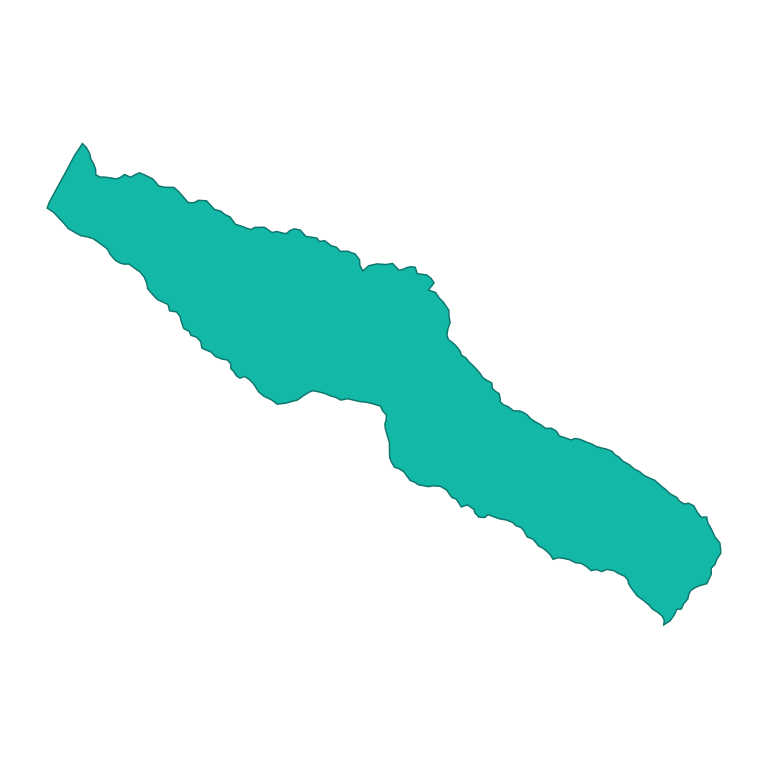 Lavínia, São Paulo, Brazil, rotated 269°
{"feature_id": "56859067B69152415148491", "entity_name": "Lavínia", "entity_type": "district", "adm_level": 2, "iso_a3": "BRA", "parent_name": "Brazil", "parent_adm1": "São Paulo", "projection": "mercator", "projection_center": [-51.04, -21.147], "detail": "fine", "context": "isolated", "style": "filled", "palette": "teal", "viewbox_px": 768, "rotation_deg": 269, "n_neighbors": 0, "source": "geoboundaries", "source_scale": "gbopen_adm2", "svg_char_len": 3942}
<svg xmlns="http://www.w3.org/2000/svg" viewBox="0 0 768 768"><g transform="rotate(269 384 384)"><path d="M565.8,50.3L561.3,56.8L558.2,59.5L554.3,63.0L550.5,66.6L544.8,71.2L541.7,76.3L537.6,83.4L536.2,90.4L534.3,95.9L530.4,101.2L526.1,107.0L523.2,110.2L518.8,112.2L515.3,115.0L512.2,117.7L509.6,122.2L508.4,126.1L508.4,131.2L504.1,136.8L500.3,142.0L495.0,146.2L488.8,148.5L483.2,149.5L477.1,154.6L472.3,159.1L469.9,164.1L467.3,169.4L460.9,170.9L459.7,177.8L455.4,181.1L449.8,182.5L443.0,184.7L440.0,190.2L436.1,191.7L434.1,197.4L429.4,201.6L423.1,202.5L421.2,206.5L419.0,211.6L414.4,216.0L411.7,222.6L410.9,227.7L407.0,231.0L402.0,231.2L398.9,234.1L394.9,236.5L392.4,240.1L394.0,244.7L391.1,249.1L387.2,252.9L383.7,255.3L378.3,258.6L374.0,263.4L371.8,267.9L369.9,271.6L365.7,276.9L366.5,285.3L368.0,291.0L369.5,297.2L373.8,303.4L376.7,308.2L378.5,312.3L377.5,317.9L375.3,325.4L373.2,329.9L371.5,335.4L368.7,340.5L369.9,347.4L366.8,359.8L366.1,365.9L364.4,372.6L361.9,380.1L357.1,382.2L353.2,385.8L348.1,385.6L344.1,384.2L339.6,384.5L333.8,386.0L325.6,388.4L319.8,388.3L315.7,388.4L310.6,388.3L305.8,390.1L300.6,393.1L298.9,397.9L295.7,402.5L290.5,406.1L287.1,408.6L285.2,413.1L282.6,416.7L281.5,422.5L280.6,426.5L281.3,431.7L280.7,438.6L277.0,444.7L272.6,447.5L269.2,450.1L267.7,454.1L263.8,456.7L259.7,459.1L261.7,465.3L257.0,471.7L253.3,472.8L249.2,476.6L248.8,482.5L251.6,485.7L249.7,490.5L247.3,496.7L245.9,504.1L243.2,510.4L239.9,513.7L238.2,518.4L235.0,521.2L228.5,524.6L226.4,530.1L223.4,532.7L219.3,535.8L217.1,540.0L214.2,543.6L210.2,547.4L205.7,550.0L207.3,554.8L206.5,560.4L205.1,566.3L202.1,572.1L201.2,578.1L197.9,583.4L193.8,587.8L194.8,593.1L192.7,598.4L194.7,603.7L193.3,610.6L190.5,615.0L187.5,621.4L183.8,624.3L179.9,625.2L175.2,628.0L171.3,630.9L167.4,633.8L163.4,639.3L158.4,645.1L154.4,648.4L151.1,653.5L147.1,658.1L143.0,660.1L138.3,659.5L142.2,665.9L148.0,670.1L153.6,672.8L153.8,677.3L159.2,679.8L163.7,684.0L168.4,685.1L172.3,687.1L175.0,691.6L176.7,695.5L178.8,703.3L188.0,707.9L194.1,707.9L197.6,711.6L203.2,713.9L208.8,717.7L212.9,717.7L219.3,717.0L225.2,712.3L230.2,710.1L235.0,707.9L239.3,705.4L245.4,704.3L245.2,698.9L250.1,695.1L256.8,691.6L259.4,686.5L258.8,682.0L261.8,677.3L265.5,674.7L269.2,668.1L273.7,663.6L276.5,660.1L280.6,655.7L283.4,652.4L285.1,648.2L288.1,642.3L292.0,637.9L294.5,632.9L299.2,627.6L302.6,621.6L306.9,617.6L309.1,613.7L312.8,610.8L315.1,604.9L316.5,599.5L318.0,594.7L320.6,590.2L322.1,586.0L323.9,582.1L325.4,578.5L326.2,574.1L324.8,569.9L326.8,565.0L328.9,558.4L333.8,555.6L336.8,550.8L336.8,544.6L340.4,540.2L343.3,535.0L346.9,529.8L350.5,526.7L353.0,523.0L354.7,519.0L354.9,513.1L359.2,507.8L361.1,503.1L364.0,500.0L368.1,499.8L372.3,498.9L374.9,495.2L377.5,492.3L383.2,491.8L385.6,487.4L388.5,483.0L393.0,480.1L396.0,477.7L399.4,474.6L402.2,471.9L405.1,468.9L408.8,466.2L411.3,462.0L415.4,460.7L419.8,457.6L424.1,453.4L427.2,449.2L431.7,447.8L437.9,448.8L444.3,451.2L450.7,450.1L456.6,450.1L464.5,445.0L469.5,440.3L474.6,437.2L477.1,430.0L484.2,435.8L488.6,433.0L492.3,428.6L493.7,419.2L500.1,417.3L500.8,413.2L500.1,409.2L498.3,405.0L497.5,401.1L504.4,394.6L503.4,388.2L504.2,379.2L502.6,371.0L497.5,364.8L503.2,361.9L508.7,361.7L514.5,357.3L517.4,349.8L517.4,342.5L521.5,338.9L523.2,333.6L528.3,327.2L527.7,321.7L531.0,319.5L532.0,314.5L532.9,308.5L539.3,303.0L540.7,297.0L539.1,292.8L536.0,288.8L536.8,284.8L538.3,279.7L537.4,274.7L542.8,267.2L542.8,257.3L540.7,253.9L542.0,250.0L544.2,244.5L546.2,238.3L553.8,232.9L556.2,227.9L559.6,223.9L561.5,217.5L570.2,209.8L570.9,201.8L568.5,197.0L568.9,191.3L575.3,186.0L579.8,182.2L584.2,177.4L584.6,167.4L586.0,162.2L592.9,156.6L597.3,148.1L599.4,143.3L597.7,139.1L595.1,134.1L598.0,128.2L594.9,123.7L593.7,119.5L594.7,115.1L595.7,108.7L595.9,103.6L598.2,99.5L603.7,99.4L609.3,97.5L614.0,94.8L619.3,93.9L625.6,90.5L629.7,86.7L617.7,78.5L601.8,69.7L571.8,52.6L565.8,50.3Z" fill="#14b8a6" stroke="#0f766e" stroke-width="1.5"/></g></svg>